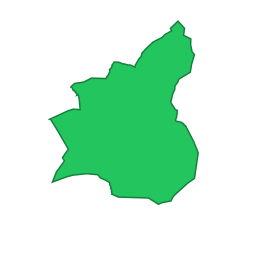 O'lziit, Bayanhongor, Mongolia (Natural Earth projection), rotated 340°
{"feature_id": "93677404B2040625721248", "entity_name": "O'lziit", "entity_type": "district", "adm_level": 2, "iso_a3": "MNG", "parent_name": "Mongolia", "parent_adm1": "Bayanhongor", "projection": "natural_earth1", "projection_center": [100.982, 45.969], "detail": "fine", "context": "isolated", "style": "filled", "palette": "green", "viewbox_px": 256, "rotation_deg": 340, "n_neighbors": 0, "source": "geoboundaries", "source_scale": "gbopen_adm2", "svg_char_len": 2550}
<svg xmlns="http://www.w3.org/2000/svg" viewBox="0 0 256 256"><g transform="rotate(340 128 128)"><path d="M38.5,153.0L54.1,152.9L60.2,153.5L73.5,156.8L83.7,161.6L85.0,165.5L88.8,169.1L92.1,173.0L92.2,173.3L92.0,173.6L91.8,174.0L91.6,174.5L91.5,175.0L91.5,175.4L91.5,175.9L91.7,176.7L91.8,177.1L91.9,177.4L91.8,177.8L91.5,178.2L91.2,178.4L91.0,178.8L91.1,179.1L91.2,179.5L91.3,179.8L91.4,180.0L91.4,180.3L91.4,180.6L91.3,180.9L91.0,181.2L90.9,181.4L91.0,181.8L91.0,182.0L90.9,182.2L90.8,182.5L90.6,182.7L90.6,183.0L90.7,183.8L90.1,184.6L95.5,189.7L123.3,200.8L130.5,210.1L134.7,209.8L143.3,211.3L146.9,208.0L148.7,207.0L165.1,200.3L173.2,198.1L185.5,175.3L185.1,163.3L182.8,145.4L182.4,145.2L182.2,145.2L182.0,144.9L181.8,144.6L181.7,144.4L181.7,144.1L181.8,143.9L181.9,143.7L181.7,143.5L181.5,143.1L181.4,142.8L181.4,142.6L181.2,142.4L180.9,142.1L180.8,141.9L180.6,141.6L180.4,141.4L180.1,141.0L179.9,140.8L179.7,140.5L179.4,140.4L179.0,140.2L178.8,140.1L178.5,139.8L178.1,139.7L177.8,139.5L177.4,139.4L177.1,139.1L176.9,138.8L176.6,138.6L176.1,138.4L175.7,138.1L175.3,137.7L175.2,137.0L177.1,134.7L178.9,131.6L180.3,128.2L178.8,127.0L176.9,118.5L181.6,111.4L185.1,107.8L186.5,104.6L190.3,102.0L192.5,99.5L205.6,96.9L209.6,89.8L215.5,81.8L214.3,78.4L215.3,71.2L217.5,65.8L211.9,59.9L215.2,53.6L211.5,44.7L201.9,48.9L202.3,51.6L194.7,52.8L191.0,54.6L181.4,55.7L173.4,59.0L166.8,62.4L164.6,65.5L162.3,66.5L156.4,71.4L155.5,73.2L153.1,71.0L153.0,70.7L152.8,70.5L152.4,70.2L152.1,70.0L151.8,69.7L151.5,69.5L151.1,69.4L150.2,69.1L149.4,68.6L148.7,68.2L147.9,67.6L147.1,66.9L146.6,66.7L145.9,66.3L145.1,65.9L144.7,65.7L144.1,65.1L143.6,64.7L141.8,63.0L137.7,61.3L135.7,62.7L135.0,63.0L134.7,63.3L134.4,63.6L134.1,64.3L133.9,64.6L133.7,65.1L133.4,65.5L132.6,65.9L132.0,66.2L131.5,66.3L130.9,66.5L130.7,66.7L130.5,67.1L130.6,67.8L130.4,68.1L130.3,68.6L129.8,69.2L129.4,69.6L129.1,69.8L128.7,70.4L128.2,70.8L127.4,71.5L127.0,71.9L126.1,72.2L125.8,72.4L125.7,72.6L125.5,73.1L125.2,73.3L124.8,73.5L124.2,74.0L110.7,68.6L102.3,69.7L93.0,67.9L88.3,69.9L88.4,70.2L88.5,70.4L88.8,70.6L89.1,71.0L89.3,71.7L89.4,72.2L89.4,72.6L89.3,73.2L89.3,73.5L89.4,73.8L89.7,74.1L89.8,74.4L90.2,74.7L90.3,75.0L90.5,75.3L90.5,75.8L90.6,76.1L90.8,76.2L90.9,76.5L91.1,76.6L91.1,76.9L91.2,77.1L91.2,77.3L91.3,77.5L91.2,77.7L91.6,78.0L91.7,78.3L91.7,78.7L91.6,79.1L91.0,79.7L92.5,79.6L92.1,83.7L91.3,86.9L89.3,94.4L83.1,91.6L78.0,91.3L57.3,93.0L58.4,94.0L61.1,107.4L64.7,127.5L56.3,133.4L57.0,137.2L45.8,144.7L38.5,153.0Z" fill="#22c55e" stroke="#15803d" stroke-width="1.5"/></g></svg>